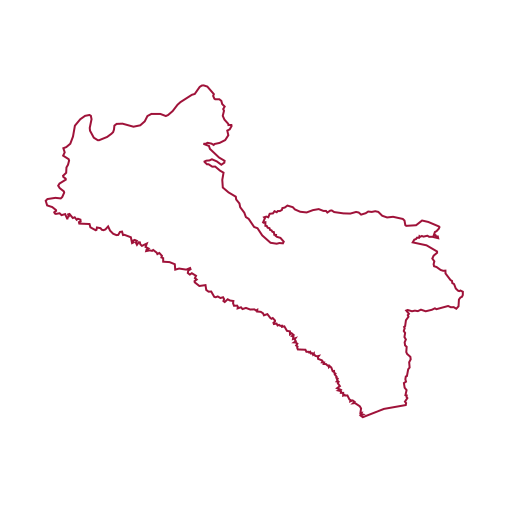 outline of Piedras, Tolima, Colombia, rotated 260°
{"feature_id": "7082276B38653982306093", "entity_name": "Piedras", "entity_type": "district", "adm_level": 2, "iso_a3": "COL", "parent_name": "Colombia", "parent_adm1": "Tolima", "projection": "robinson", "projection_center": [-74.942, 4.491], "detail": "fine", "context": "isolated", "style": "outline", "palette": "rose", "viewbox_px": 512, "rotation_deg": 260, "n_neighbors": 0, "source": "geoboundaries", "source_scale": "gbopen_adm2", "svg_char_len": 6091}
<svg xmlns="http://www.w3.org/2000/svg" viewBox="0 0 512 512"><g transform="rotate(260 256 256)"><path d="M395.6,85.0L391.3,85.6L388.3,83.5L383.9,88.3L382.4,88.5L378.5,86.7L376.1,84.7L370.9,83.5L368.5,79.9L367.3,80.0L365.2,82.0L364.2,81.9L361.5,75.1L359.6,73.4L356.9,74.5L353.0,78.0L351.7,78.1L347.7,75.4L346.6,73.7L348.1,68.6L348.3,60.5L346.9,58.5L342.1,59.1L339.6,63.8L336.0,67.0L335.2,67.0L334.1,64.9L332.8,65.3L332.2,66.2L332.2,70.0L330.0,71.6L330.4,75.3L324.9,76.7L326.7,77.1L327.5,78.5L329.6,78.2L329.8,79.6L325.2,82.2L325.6,84.2L322.8,85.7L323.6,87.1L322.3,89.4L320.5,89.3L320.1,87.5L318.6,87.6L316.4,97.6L313.0,97.9L309.2,102.6L309.4,103.4L311.7,104.3L310.4,107.7L308.6,108.7L307.9,110.3L308.3,112.3L310.8,115.5L306.3,116.7L302.7,119.2L300.8,122.2L300.7,124.0L303.3,126.2L303.3,128.3L299.7,128.7L299.7,130.1L296.2,136.0L290.2,136.2L290.7,137.9L292.5,137.5L292.9,139.3L291.6,141.3L290.1,140.0L287.7,140.7L289.9,142.9L289.6,144.0L287.6,144.1L285.8,145.4L287.2,150.6L284.1,148.8L282.1,151.4L281.2,149.3L279.9,148.7L280.0,152.3L279.1,154.6L279.8,155.8L276.5,158.8L275.0,159.2L275.8,161.3L272.5,163.4L271.0,162.6L270.0,164.2L266.5,163.6L265.0,169.8L262.0,174.6L256.6,174.1L257.0,178.1L254.7,184.9L255.6,189.0L254.3,189.2L253.5,186.8L251.1,185.9L249.2,187.6L250.2,189.8L246.9,193.5L244.8,192.0L243.1,193.5L241.9,191.1L240.7,191.1L236.3,195.0L236.1,201.2L231.2,201.1L229.1,203.1L228.8,205.7L223.0,207.8L222.4,209.1L222.8,211.3L220.8,213.7L221.1,216.4L219.1,217.1L217.3,216.1L216.1,217.2L218.3,220.6L216.7,222.6L215.6,225.9L213.5,225.2L210.8,225.7L210.4,228.8L209.2,229.3L207.6,228.8L208.1,232.3L206.1,233.5L206.6,237.1L204.3,241.0L203.7,245.2L202.3,246.5L202.8,247.9L201.1,247.5L200.2,251.0L198.3,253.0L196.2,253.5L196.8,257.1L192.4,259.4L191.5,260.4L192.0,261.7L189.2,263.5L188.2,263.3L187.2,261.6L185.9,261.8L185.9,264.5L183.8,265.2L184.2,266.7L183.0,267.8L182.8,269.6L181.7,269.4L181.8,271.7L176.9,273.5L175.9,276.3L173.0,275.9L173.8,277.6L171.7,279.3L170.9,277.5L170.0,278.8L167.8,278.0L168.2,280.6L167.2,279.6L165.2,280.4L164.3,278.5L163.9,280.1L162.4,281.5L160.9,280.0L159.6,281.2L158.4,280.6L156.7,281.0L155.1,288.4L152.9,289.0L152.5,291.3L151.7,291.6L152.2,292.8L150.5,293.1L150.6,294.3L149.4,294.8L150.0,295.9L148.7,295.5L148.9,296.3L147.3,297.1L146.6,298.8L146.7,300.5L145.6,299.4L143.9,299.3L141.8,302.8L140.8,303.3L139.8,302.5L139.3,304.6L137.9,303.9L137.4,306.2L135.6,307.5L135.6,308.6L133.9,308.5L134.6,309.6L133.1,310.8L129.2,311.5L129.2,312.9L127.5,312.7L126.4,313.8L125.6,313.0L123.2,314.4L122.2,313.9L121.1,315.1L120.4,314.4L119.4,314.8L118.4,313.7L117.7,315.4L116.4,314.5L113.3,316.0L111.7,312.9L109.8,315.8L109.2,313.8L108.1,316.3L106.5,315.8L106.1,318.1L103.4,317.6L103.8,319.2L103.1,319.5L102.8,321.8L98.5,323.1L97.8,324.1L96.5,323.6L97.0,326.1L95.3,327.7L94.1,326.0L94.0,327.9L90.0,332.1L87.6,333.0L83.4,331.6L83.3,332.8L82.2,331.8L81.3,333.8L80.6,331.4L78.7,333.2L83.2,355.4L83.2,377.6L85.1,378.3L86.7,377.4L89.8,380.4L91.2,379.7L92.5,380.2L93.0,379.0L97.8,381.0L100.5,379.5L105.2,379.6L106.2,381.9L108.7,381.7L111.3,382.6L111.6,383.8L118.0,386.2L119.5,387.9L124.8,388.4L127.4,390.4L129.9,390.5L133.3,387.8L135.3,387.3L140.4,388.6L142.1,387.3L145.2,387.4L147.8,389.1L150.4,388.1L154.3,389.5L156.5,388.5L159.1,389.9L160.4,389.5L161.1,390.7L166.7,392.5L169.7,395.6L171.4,395.2L172.5,396.6L176.2,394.5L176.5,396.0L174.5,400.0L174.6,403.0L173.6,405.8L174.5,409.1L172.1,413.5L172.5,419.9L173.4,423.1L172.3,424.4L173.4,436.5L171.7,439.0L171.3,441.8L169.3,444.1L171.3,446.7L177.9,448.3L179.6,450.1L180.1,451.8L181.7,452.9L184.9,453.5L186.5,451.3L186.1,450.1L186.7,449.0L189.3,447.1L193.9,446.2L195.3,444.6L197.4,444.7L198.5,443.4L205.9,439.6L208.7,440.0L208.9,437.8L210.2,435.4L213.8,431.9L215.0,429.6L217.1,429.5L219.8,430.7L222.9,429.2L225.5,431.0L227.7,434.9L229.0,435.1L236.9,425.8L242.2,412.7L244.6,414.7L244.9,416.5L246.1,417.8L245.6,419.7L247.1,420.4L246.4,421.0L246.9,422.8L246.0,424.3L246.2,428.3L244.8,429.9L244.3,433.0L241.9,438.5L243.7,438.4L243.9,436.9L245.4,436.4L245.6,434.7L248.6,436.4L249.1,438.1L251.2,440.8L252.6,441.7L253.3,441.3L259.6,431.6L262.1,425.7L258.5,419.0L259.6,409.2L260.5,408.4L265.1,408.4L267.0,407.0L270.8,397.8L271.2,391.8L273.7,387.3L278.2,384.1L279.4,381.2L279.3,377.6L280.3,374.2L279.1,371.5L278.5,366.7L281.0,364.7L282.0,362.2L281.4,356.2L282.8,349.5L285.7,340.6L287.7,338.5L287.8,337.0L286.4,333.8L288.2,332.8L288.7,330.2L291.3,325.9L291.3,320.1L290.1,313.4L291.9,307.2L295.1,302.4L297.7,300.7L300.2,295.7L298.7,292.7L298.6,290.3L296.9,289.5L296.1,287.3L296.5,285.3L295.5,284.0L296.9,282.0L295.0,280.1L295.2,276.8L292.0,274.8L293.0,273.0L292.7,270.7L291.6,271.3L287.9,268.8L287.4,269.3L287.6,271.1L284.1,270.5L283.7,271.8L281.8,272.4L281.1,274.1L279.2,274.4L278.6,275.7L276.9,276.4L276.5,277.7L273.7,277.7L273.3,279.3L272.4,278.9L271.2,280.0L269.6,283.2L265.3,285.8L263.8,284.7L264.7,281.3L264.5,278.5L266.5,272.6L275.2,265.7L283.1,262.3L284.9,259.2L293.9,255.2L296.1,252.8L300.7,252.0L306.8,248.9L310.6,248.8L315.1,246.3L317.9,246.4L323.4,240.0L329.2,235.2L336.8,236.0L343.7,238.5L346.3,235.4L351.1,231.4L351.6,228.4L354.6,225.2L354.8,223.7L357.5,221.7L358.0,221.7L358.5,223.7L358.2,226.7L358.9,229.4L356.0,233.8L351.9,237.7L353.4,241.0L355.2,241.6L359.4,236.7L369.5,229.2L372.5,228.8L375.6,223.7L375.3,226.2L375.9,227.9L374.4,231.7L372.7,233.6L373.5,234.6L373.7,239.8L375.5,245.8L379.7,249.7L384.5,249.5L385.3,252.1L388.2,254.5L389.3,254.5L389.7,251.6L391.0,251.6L395.8,248.6L399.8,247.6L404.6,249.7L406.4,249.2L408.6,251.1L411.5,249.1L414.8,248.8L416.7,247.1L417.4,243.1L418.2,242.3L421.1,241.6L422.7,242.6L431.3,237.5L433.1,234.1L433.3,232.3L432.3,229.9L426.2,223.8L425.9,220.9L420.7,208.4L418.6,205.0L413.2,199.1L410.1,193.9L409.5,191.5L412.5,186.5L414.1,177.7L412.7,173.4L407.9,169.8L404.8,164.7L404.6,157.8L409.5,147.5L410.3,141.7L409.0,139.2L405.2,138.1L402.8,136.8L401.5,134.9L399.1,130.1L397.3,121.7L397.5,120.3L400.7,116.8L408.2,114.3L411.0,114.5L419.3,117.8L422.7,117.7L423.8,116.5L423.7,112.0L421.2,106.7L415.8,100.3L405.4,96.5L398.8,92.6L396.2,88.1L395.6,85.0Z" fill="none" stroke="#9f1239" stroke-width="2"/></g></svg>